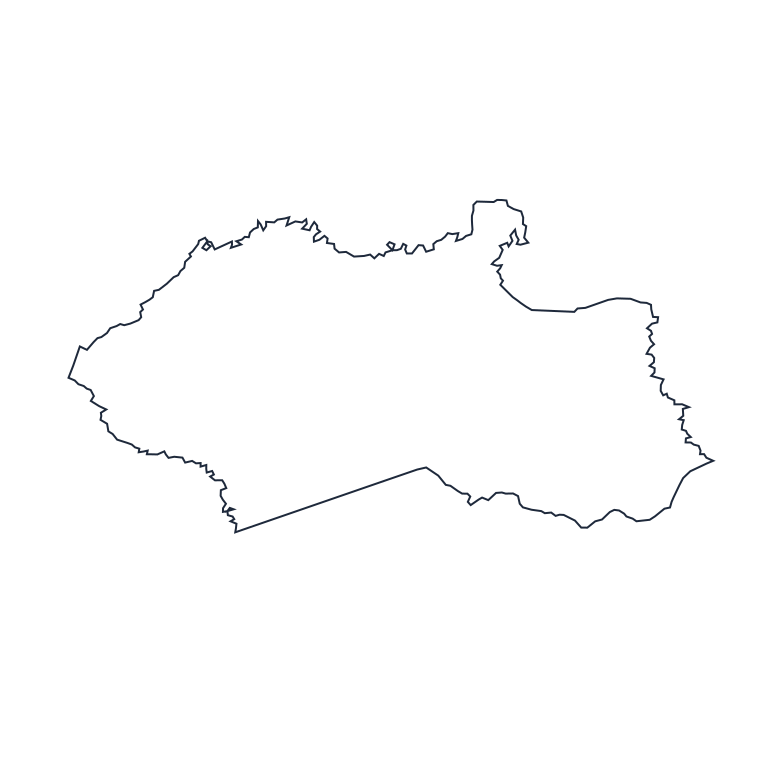 the district of Santa Bárbara do Sul, Rio Grande do Sul, Brazil, rotated 259°
{"feature_id": "56859067B69809545367757", "entity_name": "Santa Bárbara do Sul", "entity_type": "district", "adm_level": 2, "iso_a3": "BRA", "parent_name": "Brazil", "parent_adm1": "Rio Grande do Sul", "projection": "equal_earth", "projection_center": [-53.257, -28.368], "detail": "fine", "context": "isolated", "style": "outline", "palette": "slate", "viewbox_px": 768, "rotation_deg": 259, "n_neighbors": 0, "source": "geoboundaries", "source_scale": "gbopen_adm2", "svg_char_len": 4309}
<svg xmlns="http://www.w3.org/2000/svg" viewBox="0 0 768 768"><g transform="rotate(259 384 384)"><path d="M557.8,237.8L561.7,236.3L559.9,229.7L556.8,228.3L550.7,221.4L548.9,217.8L546.0,218.8L541.9,212.1L536.2,210.1L533.7,205.7L530.1,202.7L529.0,197.9L523.9,190.0L519.4,181.0L519.3,176.1L513.3,173.6L511.5,169.9L509.9,165.3L508.4,160.2L503.1,161.6L501.1,158.4L495.9,158.4L493.5,155.3L491.7,146.5L491.3,140.2L493.2,136.5L491.9,132.6L491.0,125.9L486.9,121.8L484.0,115.5L483.7,111.5L480.6,107.0L474.2,98.9L478.9,92.6L461.4,82.5L450.3,75.5L446.5,81.1L442.1,84.0L439.3,88.9L436.2,91.3L434.1,94.9L427.5,96.9L423.3,93.0L416.6,100.2L412.0,106.5L409.8,100.6L406.6,100.4L402.9,98.9L397.8,104.6L390.1,104.4L386.7,108.1L380.3,111.4L375.1,120.9L372.7,124.9L369.3,127.5L367.2,131.5L363.8,130.2L363.6,135.1L363.7,139.3L360.3,137.8L359.1,143.6L358.1,148.1L359.8,155.5L356.5,156.4L352.6,158.4L352.6,164.2L350.2,172.1L344.8,173.8L345.1,181.0L342.0,184.3L341.4,188.9L337.9,188.2L338.4,194.1L334.5,193.3L330.9,193.1L331.4,198.7L327.6,199.7L326.3,195.7L321.7,199.7L320.4,206.8L316.5,208.3L311.9,209.3L310.9,203.6L305.4,202.3L301.2,203.7L296.6,206.0L292.8,202.3L289.2,201.5L289.1,206.0L285.0,205.7L282.8,210.1L279.9,211.2L278.5,207.2L275.0,212.5L270.5,211.1L266.8,209.7L289.1,367.5L293.7,400.3L294.0,409.5L283.7,419.8L273.2,425.4L271.4,429.8L264.8,436.1L261.5,439.8L260.4,445.0L257.1,447.2L252.3,443.8L248.6,446.0L252.5,454.9L253.8,458.6L250.1,464.2L255.7,473.2L255.0,479.0L253.2,482.5L251.9,489.8L248.4,494.2L240.6,494.4L236.4,496.8L232.4,504.9L229.2,514.2L226.5,517.2L225.9,523.6L221.8,527.3L222.2,531.4L221.2,535.4L213.5,545.4L205.4,550.2L204.2,556.2L208.9,565.1L209.4,572.2L215.2,581.2L216.5,586.0L215.0,590.6L210.9,595.0L207.7,596.7L204.4,602.4L201.1,605.6L200.0,618.9L202.4,624.8L208.1,635.5L208.2,641.2L213.4,643.8L217.6,646.7L228.5,654.8L234.6,659.7L239.9,668.0L244.3,685.3L245.8,692.5L250.1,686.4L254.1,684.8L254.8,680.8L258.2,682.0L263.2,681.1L265.4,676.5L268.0,674.1L269.1,668.9L273.0,670.0L273.4,675.0L277.3,672.2L280.4,671.5L282.5,667.6L286.9,668.9L291.3,671.3L293.1,666.9L295.7,671.7L302.5,672.6L303.1,678.9L307.2,672.8L308.6,665.2L312.6,665.9L316.6,660.1L320.5,659.7L319.6,655.9L324.5,654.3L330.2,655.6L335.2,659.3L341.0,647.8L343.7,651.7L347.8,652.7L351.1,648.1L353.9,653.1L358.0,654.2L361.8,652.3L363.5,647.5L368.9,652.0L371.5,656.7L375.5,654.3L380.0,653.4L382.0,656.7L385.3,656.2L388.5,652.8L392.1,658.6L392.3,664.1L397.3,665.8L398.5,660.9L406.3,660.6L410.8,661.2L413.5,657.3L415.1,651.4L420.6,642.3L423.6,629.0L423.8,620.1L420.3,596.2L421.2,588.4L418.5,584.6L428.4,543.2L432.9,538.1L437.5,533.6L440.9,530.6L444.8,526.9L450.1,523.3L459.2,517.1L462.7,520.5L465.5,518.8L469.2,518.8L472.7,516.6L475.4,520.1L478.2,522.2L478.5,517.5L481.1,512.7L483.3,515.5L485.9,521.2L493.0,526.1L497.5,524.0L499.1,531.9L495.3,532.6L500.0,537.4L505.6,536.3L510.5,542.1L504.6,542.1L499.9,543.7L496.1,541.0L494.7,544.5L495.2,552.6L500.9,549.5L505.9,551.6L511.8,553.7L514.5,550.9L520.8,552.4L527.2,551.6L531.0,544.6L535.2,539.6L540.8,539.2L542.2,534.5L543.1,530.1L541.7,526.4L543.8,517.1L545.4,509.9L542.7,505.9L537.2,504.9L532.3,502.4L528.3,501.6L523.5,500.9L518.6,500.3L514.3,498.3L513.7,492.8L511.4,488.7L510.7,481.9L514.0,483.9L517.9,485.7L518.1,479.7L519.9,475.4L517.0,472.1L514.6,467.7L514.1,463.0L511.9,459.1L506.7,458.6L505.8,450.6L512.5,448.8L513.7,444.4L506.8,436.4L507.8,431.3L512.0,430.4L515.6,432.4L517.9,429.6L513.5,426.3L512.9,422.3L513.7,417.8L512.9,410.6L509.7,408.2L512.7,404.0L509.2,398.5L513.7,395.1L513.5,388.9L514.8,378.9L520.9,372.0L521.7,365.0L526.3,361.3L531.0,361.7L533.3,354.9L537.6,356.4L540.8,353.8L537.9,348.1L537.1,342.4L541.6,343.1L543.9,345.8L545.8,350.4L548.9,347.9L552.2,348.6L556.3,346.4L552.1,342.3L549.1,340.3L552.1,333.3L556.0,338.8L560.5,339.0L558.2,334.5L560.5,328.0L558.2,318.6L565.8,322.8L565.4,318.2L565.7,310.8L563.6,307.1L565.7,299.2L561.4,298.4L557.9,294.8L564.1,293.4L568.0,291.4L561.8,290.0L561.0,285.7L558.3,281.4L553.9,279.3L555.0,275.4L552.9,272.1L552.3,266.3L548.2,270.4L546.9,259.7L549.7,261.4L552.9,261.9L548.4,243.5L556.1,241.4L557.8,237.8ZM557.8,237.8L554.8,237.6L552.3,240.1L549.2,235.2L552.3,231.7L557.8,237.8ZM289.1,206.0L291.8,209.0L289.7,212.5L289.1,206.0ZM513.7,417.8L519.1,421.0L522.2,416.5L520.1,413.6L513.7,417.8Z" fill="none" stroke="#1e293b" stroke-width="2"/></g></svg>